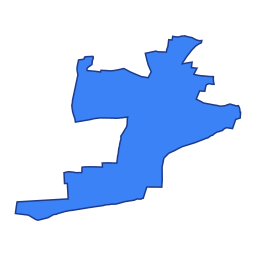 Kaua, Yucatán, Mexico (Mercator projection)
{"feature_id": "50627088B46621224657195", "entity_name": "Kaua", "entity_type": "district", "adm_level": 2, "iso_a3": "MEX", "parent_name": "Mexico", "parent_adm1": "Yucatán", "projection": "mercator", "projection_center": [-88.435, 20.599], "detail": "fine", "context": "isolated", "style": "filled", "palette": "blue", "viewbox_px": 256, "rotation_deg": 0, "n_neighbors": 0, "source": "geoboundaries", "source_scale": "gbopen_adm2", "svg_char_len": 4921}
<svg xmlns="http://www.w3.org/2000/svg" viewBox="0 0 256 256"><path d="M201.8,40.5L199.6,40.7L196.9,40.1L194.6,39.0L193.2,38.3L192.4,37.8L191.2,37.4L189.9,37.2L189.0,37.0L187.2,36.6L185.4,36.0L184.5,35.8L183.7,36.1L182.5,36.0L180.7,36.3L179.6,36.7L178.6,37.0L175.4,36.8L172.7,36.3L172.1,40.0L168.7,39.7L168.6,40.2L168.6,40.6L168.2,44.2L167.8,46.7L166.7,49.6L166.4,52.1L158.1,51.8L155.9,51.1L145.3,53.3L147.1,60.9L147.7,62.8L148.1,64.6L151.2,71.8L150.5,73.1L148.2,77.7L141.3,76.6L130.6,72.1L123.9,68.5L118.1,69.8L114.8,70.4L114.4,70.5L110.8,70.9L106.7,70.6L101.0,70.3L100.6,72.0L95.2,71.3L87.3,70.6L86.9,69.7L87.0,68.8L87.3,68.1L88.3,67.1L89.3,66.3L89.9,66.0L90.5,65.6L91.2,65.0L91.9,64.6L92.2,62.2L92.3,61.0L92.9,59.2L93.2,58.4L93.3,57.0L92.9,56.4L87.8,56.6L85.9,56.7L84.6,57.1L84.4,57.4L84.6,58.0L84.4,58.7L82.7,59.4L78.6,59.9L77.2,66.4L77.0,68.5L77.0,69.7L77.9,75.0L72.5,100.4L72.4,102.4L72.2,103.6L72.1,104.1L72.0,104.4L71.9,105.1L71.8,105.7L71.9,106.1L72.0,106.7L72.0,107.1L72.0,107.3L72.1,108.3L72.5,110.4L72.5,110.9L72.9,112.7L73.2,113.4L73.4,114.6L73.7,115.2L73.9,115.9L74.1,116.5L74.4,117.3L74.8,118.6L75.0,119.4L75.3,121.5L75.4,122.1L90.7,119.5L92.7,118.9L95.8,118.4L98.7,118.1L99.0,118.0L99.5,118.0L100.2,117.8L100.7,117.8L101.1,117.9L102.0,117.9L102.6,118.0L103.2,118.0L104.1,117.8L105.1,118.0L105.9,118.0L106.9,118.0L107.6,118.0L108.1,118.0L108.6,118.0L109.1,118.0L110.0,118.0L111.0,118.1L111.6,118.1L112.1,118.0L112.9,118.1L114.7,118.2L114.9,118.2L115.7,118.3L116.3,118.2L117.0,118.2L117.9,118.2L118.7,118.1L119.4,118.0L120.2,117.8L120.7,117.9L122.0,117.8L123.0,117.6L123.4,117.6L124.4,117.5L124.9,117.4L125.3,117.4L126.3,117.2L126.6,117.3L127.0,117.2L127.7,117.1L127.8,117.1L127.7,117.5L127.4,118.3L127.2,119.7L127.3,120.3L127.2,120.8L127.3,121.3L127.2,122.3L127.2,123.3L127.1,124.2L127.1,124.6L126.8,125.5L126.8,126.1L126.3,127.4L125.9,128.1L125.3,128.9L125.0,129.4L124.7,130.0L124.4,130.4L124.0,131.1L123.7,131.6L123.5,132.0L123.4,132.4L123.3,132.6L122.9,132.9L122.5,133.5L122.3,133.9L121.8,134.9L121.6,135.1L121.2,135.5L121.0,135.9L120.8,136.2L120.9,136.4L120.9,136.6L121.0,137.6L121.0,138.0L120.9,138.7L120.8,139.9L120.6,140.4L120.4,141.0L120.3,141.3L120.2,141.6L120.0,142.9L119.8,143.6L119.6,144.3L119.6,144.7L119.6,145.1L119.5,145.6L119.4,146.2L119.2,147.2L118.8,148.3L118.7,149.0L118.7,149.4L118.6,149.9L118.5,151.2L118.4,151.9L118.4,152.3L118.2,153.5L118.1,154.5L117.9,155.0L117.8,155.4L117.7,156.1L117.5,156.8L117.5,157.4L117.3,159.3L117.0,161.1L116.9,163.1L116.1,163.1L113.9,163.0L113.6,163.0L111.4,163.0L111.1,162.9L109.6,162.9L108.4,162.9L107.2,162.9L102.2,163.0L102.3,163.7L102.4,167.1L96.0,166.9L91.3,166.8L85.0,166.9L82.0,167.2L82.0,167.7L81.9,169.7L81.9,171.4L81.7,172.6L78.2,172.6L75.9,172.7L73.5,172.2L68.8,171.7L66.5,172.1L64.0,172.7L64.5,183.5L67.4,183.5L67.5,186.1L67.5,187.4L67.7,189.3L68.2,198.9L42.4,200.4L17.1,201.9L16.9,202.8L16.5,205.5L16.1,208.2L16.1,208.5L15.8,210.5L15.4,213.5L28.4,215.1L35.7,219.5L38.0,220.2L48.0,217.7L50.9,216.1L53.0,214.8L54.8,214.4L56.2,214.3L57.8,213.6L65.0,211.5L69.6,210.6L72.5,210.3L74.6,209.9L74.8,209.9L83.0,208.6L87.8,207.8L88.9,207.6L90.5,207.3L90.8,207.4L92.9,207.0L103.5,205.5L105.3,204.9L109.8,204.5L110.9,204.2L115.5,204.1L118.6,203.4L125.0,201.6L134.1,200.2L137.0,199.0L141.1,199.1L142.3,198.3L143.2,198.3L146.8,187.0L161.1,187.1L161.8,187.1L161.8,186.3L161.8,186.2L162.2,180.2L162.1,166.9L163.9,158.1L168.8,153.2L175.0,150.4L178.0,148.7L182.6,146.5L194.6,142.8L202.9,139.6L204.1,139.1L206.7,138.1L207.4,138.0L207.9,137.9L208.7,137.1L209.4,136.8L209.9,136.5L210.6,135.9L211.0,135.6L211.7,135.4L212.6,135.3L213.5,134.5L213.9,134.0L214.7,133.5L217.1,132.0L217.4,131.9L218.3,131.7L218.7,131.7L219.2,131.6L219.7,131.4L220.2,131.1L220.6,130.9L220.9,130.9L221.9,130.7L222.1,130.6L222.4,130.5L222.8,130.2L223.0,129.8L223.7,129.2L224.4,128.8L224.8,128.4L225.1,128.2L226.8,127.7L232.5,128.6L235.7,119.4L240.2,118.0L240.6,112.2L240.1,112.2L240.0,111.5L239.9,110.9L239.9,110.5L239.9,109.8L239.7,108.9L239.5,108.1L239.3,107.7L239.1,107.1L238.9,106.7L238.6,106.1L238.4,105.7L237.9,105.7L236.8,105.9L236.1,105.8L235.8,105.8L235.0,105.6L234.5,105.2L234.0,105.2L233.7,105.2L232.0,104.6L231.4,104.5L230.8,104.2L230.3,104.1L229.9,104.1L229.3,104.2L228.8,104.4L228.0,104.6L227.3,104.8L226.5,105.1L226.3,105.2L225.7,105.6L225.1,105.7L225.0,105.8L224.8,105.8L220.1,106.2L216.5,105.3L215.4,105.2L203.6,103.0L199.8,100.9L196.2,99.2L199.6,90.9L204.8,91.3L205.8,86.0L206.6,84.7L208.2,83.9L209.8,83.7L211.2,84.1L212.7,84.3L214.1,84.3L213.7,82.5L213.5,81.5L213.4,80.3L213.3,79.2L213.4,77.6L213.4,76.6L209.3,76.5L206.3,76.2L203.3,75.9L200.6,75.7L199.4,75.5L196.4,75.0L193.8,74.2L196.3,69.6L196.5,69.0L196.7,68.7L196.8,68.5L197.0,68.2L192.4,67.7L191.4,67.6L192.1,62.1L182.2,63.8L182.8,62.3L184.1,60.5L185.1,59.0L186.3,57.1L187.9,55.0L189.3,53.3L191.4,50.5L193.5,48.3L195.5,46.2L198.2,44.3L201.4,42.7L201.8,40.5Z" fill="#3b82f6" stroke="#1e3a8a" stroke-width="1.5"/></svg>